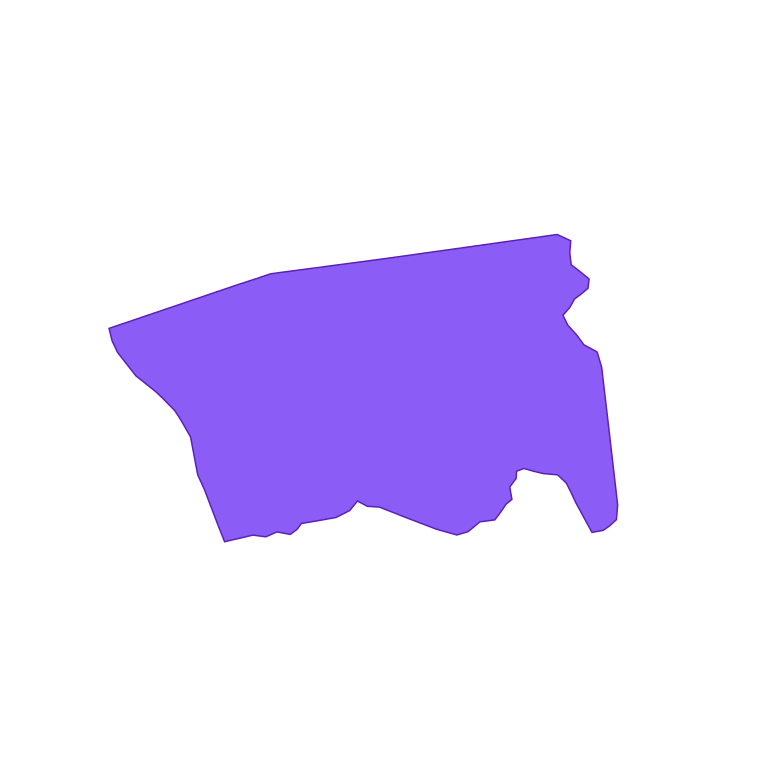 Santa Rosa do Sul, Santa Catarina, Brazil (Equal Earth projection), rotated 118°
{"feature_id": "56859067B70095049374994", "entity_name": "Santa Rosa do Sul", "entity_type": "district", "adm_level": 2, "iso_a3": "BRA", "parent_name": "Brazil", "parent_adm1": "Santa Catarina", "projection": "equal_earth", "projection_center": [-49.735, -29.123], "detail": "fine", "context": "isolated", "style": "filled", "palette": "violet", "viewbox_px": 768, "rotation_deg": 118, "n_neighbors": 0, "source": "geoboundaries", "source_scale": "gbopen_adm2", "svg_char_len": 1047}
<svg xmlns="http://www.w3.org/2000/svg" viewBox="0 0 768 768"><g transform="rotate(118 384 384)"><path d="M598.1,450.7L579.0,428.8L574.4,416.6L564.9,409.1L560.8,396.1L553.1,392.5L545.9,391.4L535.0,377.2L524.3,363.6L511.9,354.9L499.8,352.5L499.8,341.3L494.8,330.2L491.8,303.4L487.6,269.5L483.1,248.8L475.0,240.5L460.7,234.6L452.0,222.4L442.1,220.8L432.9,219.8L425.8,216.9L415.9,224.6L405.4,223.0L398.8,226.0L392.9,220.8L391.0,211.8L388.3,201.3L382.7,188.1L385.9,176.5L391.3,168.8L398.9,158.7L417.4,130.7L410.3,121.7L403.5,118.3L394.7,115.1L381.1,120.9L305.7,172.9L267.0,199.7L255.7,210.8L255.5,226.0L250.2,237.0L245.8,249.2L239.3,258.3L229.4,255.9L219.6,255.7L212.1,252.2L203.7,248.8L195.0,252.2L192.6,264.4L190.8,274.7L180.9,281.6L169.9,286.3L170.7,301.3L272.4,441.4L328.5,519.9L339.7,535.6L353.0,548.2L365.1,559.9L464.0,652.9L473.5,644.4L481.2,634.1L493.3,606.9L497.9,582.1L500.4,573.1L505.7,556.3L511.0,546.7L521.6,529.9L539.1,515.9L551.6,505.9L561.5,493.0L585.7,465.3L598.1,450.7Z" fill="#8b5cf6" stroke="#5b21b6" stroke-width="1.5"/></g></svg>